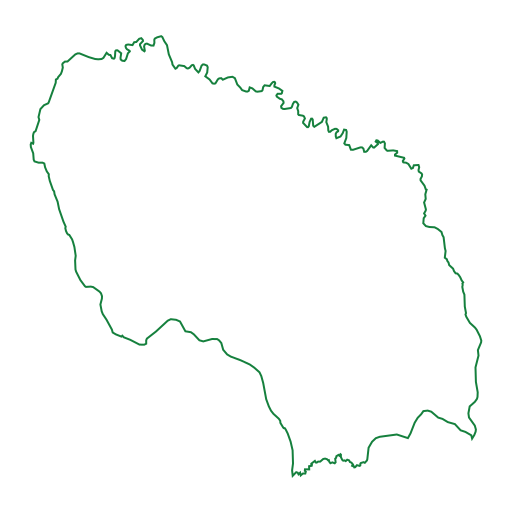 Lakhonepheng, Saravan, Laos
{"feature_id": "54806243B33951699195054", "entity_name": "Lakhonepheng", "entity_type": "district", "adm_level": 2, "iso_a3": "LAO", "parent_name": "Laos", "parent_adm1": "Saravan", "projection": "equal_earth", "projection_center": [105.622, 15.821], "detail": "fine", "context": "isolated", "style": "outline", "palette": "green", "viewbox_px": 512, "rotation_deg": 0, "n_neighbors": 0, "source": "geoboundaries", "source_scale": "gbopen_adm2", "svg_char_len": 5923}
<svg xmlns="http://www.w3.org/2000/svg" viewBox="0 0 512 512"><path d="M472.1,438.6L474.3,435.0L475.6,431.7L475.9,429.5L474.8,425.6L469.0,417.5L468.4,413.3L469.7,406.4L474.9,401.8L477.0,398.8L477.5,396.9L477.7,392.3L475.9,381.9L475.5,367.4L478.5,355.6L477.9,350.1L481.1,342.4L481.3,340.6L479.9,336.2L476.6,329.7L475.0,327.6L469.9,322.9L466.3,316.8L465.5,314.5L466.0,313.1L464.8,306.6L464.4,294.6L463.2,291.7L462.3,286.9L462.7,284.9L462.4,283.6L463.2,282.4L461.7,280.5L460.2,277.2L458.7,275.0L457.4,273.6L455.6,273.3L454.0,271.1L453.1,268.7L449.2,265.1L448.5,262.5L447.3,260.9L446.9,259.3L444.8,257.7L445.6,251.0L444.9,248.2L443.6,237.2L442.4,235.1L441.5,232.0L437.8,229.0L434.6,227.3L429.4,227.0L425.9,226.1L423.3,223.3L423.7,218.2L425.5,215.7L424.1,213.4L425.7,210.6L425.9,209.4L424.1,202.5L425.7,198.9L425.3,194.3L426.6,189.7L425.8,189.4L424.5,185.7L420.6,180.4L420.5,179.0L421.9,176.4L422.1,174.4L421.5,173.4L418.8,171.6L418.5,170.1L419.2,167.2L418.5,165.0L413.8,165.3L412.9,168.0L411.3,168.7L408.4,164.0L406.1,162.7L403.4,162.4L403.0,161.9L402.8,161.0L404.4,158.6L404.1,157.8L395.0,155.6L395.0,154.5L397.2,152.7L397.1,151.1L393.2,150.4L387.5,150.8L386.7,150.4L384.6,147.9L384.9,143.4L384.0,141.7L383.0,141.6L380.3,142.9L377.7,140.5L376.4,140.3L375.7,141.6L377.8,143.1L378.0,144.1L374.1,147.6L373.2,147.5L371.2,145.3L367.1,151.0L365.8,151.8L364.2,151.8L363.4,148.6L362.0,147.4L360.4,147.4L353.0,149.8L350.9,149.7L349.2,145.1L345.4,144.7L344.3,143.4L346.3,138.0L346.7,131.8L346.1,130.0L344.1,129.6L342.7,133.2L340.5,136.5L336.4,138.2L335.8,136.5L335.7,133.9L336.5,132.3L338.1,131.3L338.2,130.3L336.6,128.9L335.0,128.8L331.9,130.2L330.1,131.8L328.9,131.8L328.3,130.4L328.1,126.7L326.3,122.1L326.8,119.0L326.7,118.1L326.0,117.3L323.7,117.7L321.9,121.9L314.3,126.8L313.2,125.7L312.7,119.5L312.0,118.6L311.1,118.7L309.6,122.0L308.8,126.2L308.1,127.1L307.1,127.1L303.1,122.9L303.2,121.6L304.9,118.5L304.0,116.4L302.9,115.7L298.8,115.0L298.2,114.3L298.2,111.1L297.2,108.1L298.4,104.7L296.9,102.4L295.7,101.6L294.2,101.9L292.9,103.9L291.9,106.9L290.9,108.0L284.6,109.0L283.0,108.9L281.4,107.9L281.1,106.2L283.6,102.9L283.4,101.3L281.8,99.3L279.9,98.8L276.8,96.6L276.4,95.4L277.6,93.8L281.2,93.8L281.8,93.3L282.4,90.9L279.0,88.5L274.4,86.6L274.4,85.3L275.2,83.3L275.0,82.4L274.3,81.8L273.1,82.0L271.7,83.3L269.7,86.0L264.6,85.3L263.2,87.0L262.5,90.2L261.7,91.1L257.4,91.7L255.8,91.4L252.4,88.4L249.7,87.4L248.8,90.8L247.6,91.5L246.0,91.5L242.1,90.1L240.3,87.6L237.3,84.5L234.9,78.2L232.5,76.8L228.0,77.4L222.8,79.7L221.3,78.2L219.2,78.4L217.9,79.3L215.4,83.4L214.2,83.7L212.5,83.4L209.6,79.5L205.3,76.3L207.2,72.5L207.7,67.2L207.0,65.6L204.3,64.5L203.0,64.4L201.6,65.6L199.6,71.0L198.4,72.4L195.1,68.9L193.7,65.4L193.0,64.9L191.7,65.3L189.6,67.7L187.9,68.5L186.7,68.2L184.3,66.1L179.1,65.3L178.3,65.7L176.6,68.1L175.4,68.7L172.5,64.6L172.1,62.2L168.8,54.3L167.0,45.2L164.3,41.2L162.3,37.0L161.2,36.2L157.2,37.3L154.8,38.6L154.3,39.8L154.4,42.9L153.5,45.6L151.0,45.5L146.9,43.6L145.5,43.9L144.6,44.8L144.1,46.4L144.8,50.8L144.4,51.3L142.0,49.6L140.0,45.3L140.0,44.2L143.0,41.0L142.8,39.9L141.3,38.2L139.2,38.8L136.3,42.0L134.2,42.2L132.5,45.1L128.2,44.5L126.2,44.9L125.5,46.1L125.9,47.8L126.9,49.2L129.6,50.8L129.8,51.4L127.9,53.3L126.1,59.0L124.5,61.0L122.2,60.7L120.7,59.5L120.5,57.9L121.2,53.3L117.5,50.3L116.1,50.3L115.3,51.2L115.0,56.1L114.6,58.0L113.9,58.7L112.1,58.2L110.4,55.0L108.8,54.8L106.6,52.8L103.4,57.9L101.6,59.0L98.3,59.3L95.1,59.0L88.7,57.1L79.5,53.4L77.6,53.4L75.3,54.4L67.5,61.5L64.9,61.6L62.8,63.3L62.3,64.3L62.8,67.6L61.9,71.3L60.9,73.9L58.1,77.2L57.5,78.7L55.9,79.5L55.7,82.8L48.8,102.1L48.2,103.3L44.0,105.2L40.4,109.1L38.5,117.1L39.3,119.9L35.6,131.1L33.9,132.3L33.3,134.1L33.0,135.9L33.4,142.8L33.1,143.7L31.3,142.8L30.7,144.5L30.9,147.1L33.2,153.3L33.7,159.7L34.5,161.4L35.8,161.8L38.7,162.7L42.6,162.7L44.3,163.5L45.1,167.3L46.8,171.4L48.8,174.2L48.7,176.2L49.8,180.9L53.0,190.0L54.1,191.3L54.6,194.4L57.6,201.7L59.1,209.1L63.4,221.5L65.7,226.7L65.3,228.1L66.0,231.0L67.1,233.4L68.2,234.6L69.3,234.9L72.1,239.4L73.0,242.0L74.4,247.0L75.7,255.8L75.1,260.4L75.5,269.5L76.1,271.6L80.4,280.1L85.0,286.3L86.0,286.9L90.8,286.6L93.2,287.1L99.5,291.6L101.0,293.3L102.0,296.2L101.9,298.6L100.4,304.5L101.7,311.3L102.8,314.1L106.5,319.7L111.9,329.6L112.7,332.5L115.9,334.4L121.4,336.6L122.3,335.7L123.8,337.3L130.2,339.8L139.5,344.6L144.2,344.7L146.2,343.7L146.2,340.3L146.9,338.6L156.0,331.5L167.7,320.7L170.8,319.2L176.1,319.8L180.0,321.5L185.4,331.3L190.9,332.2L193.8,334.3L199.4,340.3L203.3,341.4L212.1,339.0L217.2,339.1L219.0,340.3L221.3,343.0L223.2,349.8L227.1,354.4L230.8,356.6L240.7,360.3L249.8,364.5L254.2,367.6L259.5,372.3L261.3,376.1L263.2,383.0L266.2,399.2L268.8,406.3L271.0,410.7L273.5,413.9L278.8,418.7L280.2,420.8L280.4,422.9L283.1,427.4L283.7,428.1L284.7,428.1L285.7,429.5L287.7,433.5L290.6,441.6L292.6,450.3L293.0,463.5L292.1,470.3L292.7,475.8L296.2,472.2L297.7,472.7L298.5,474.3L300.1,472.7L300.7,475.4L302.9,473.5L305.3,473.5L305.8,471.7L304.8,470.8L305.0,469.3L309.2,469.4L309.1,466.2L311.7,465.8L311.9,464.8L311.3,464.5L311.3,463.7L314.9,460.9L315.8,462.5L316.7,462.6L318.1,461.6L320.2,461.6L323.2,459.0L325.1,458.6L327.0,459.2L328.1,460.3L328.8,460.1L329.2,461.6L330.4,463.2L332.4,462.4L334.7,463.3L335.6,462.3L335.2,458.7L336.1,457.8L336.4,456.2L338.5,454.9L339.4,455.7L340.4,454.2L340.9,454.6L340.9,457.1L342.2,459.8L343.2,460.7L344.6,460.4L345.7,461.1L347.2,459.7L349.1,460.4L349.9,462.0L351.4,462.6L352.8,464.3L352.1,465.8L352.8,466.1L353.4,465.5L354.3,467.4L355.2,467.2L356.9,465.2L359.7,465.9L360.3,465.4L360.4,463.5L360.9,463.0L363.5,462.2L364.8,462.8L366.9,460.5L367.3,459.3L368.6,447.7L372.1,441.7L375.8,438.2L379.7,436.8L396.8,434.5L407.9,438.1L410.5,433.4L414.7,422.7L417.7,417.8L421.2,414.2L423.4,411.1L427.7,410.6L431.3,411.7L438.2,417.6L442.5,418.9L447.8,422.1L454.9,424.1L460.6,430.3L465.4,431.9L471.3,435.3L472.1,438.6Z" fill="none" stroke="#15803d" stroke-width="2"/></svg>